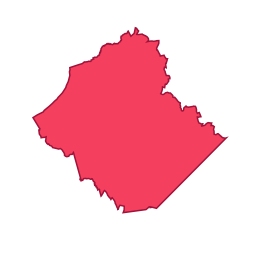 Sabanalarga, Atlántico, Colombia, rotated 60°
{"feature_id": "7082276B39650690530717", "entity_name": "Sabanalarga", "entity_type": "district", "adm_level": 2, "iso_a3": "COL", "parent_name": "Colombia", "parent_adm1": "Atlántico", "projection": "albers", "projection_center": [-74.958, 10.621], "detail": "fine", "context": "isolated", "style": "filled", "palette": "rose", "viewbox_px": 256, "rotation_deg": 60, "n_neighbors": 0, "source": "geoboundaries", "source_scale": "gbopen_adm2", "svg_char_len": 5569}
<svg xmlns="http://www.w3.org/2000/svg" viewBox="0 0 256 256"><g transform="rotate(60 128 128)"><path d="M142.8,58.9L142.4,59.7L141.9,60.2L141.8,60.9L140.2,65.3L139.7,65.7L139.1,66.6L138.6,66.8L138.0,66.8L138.5,69.5L140.5,71.2L140.6,71.6L140.4,72.5L139.7,72.9L139.3,72.9L138.2,72.4L137.6,72.3L136.4,72.5L136.2,72.1L135.8,71.8L135.1,71.5L134.3,71.5L133.9,71.4L132.9,70.5L132.3,70.2L131.5,70.8L130.6,71.2L130.0,71.4L127.3,71.7L124.7,72.2L124.7,72.8L123.6,73.7L122.5,73.0L121.5,73.1L120.9,73.3L118.9,73.8L118.1,75.1L117.5,75.5L117.1,75.7L116.9,75.9L116.8,76.1L116.3,78.1L116.6,79.3L116.6,80.7L116.2,81.4L114.6,82.5L113.6,80.9L112.1,79.3L111.5,78.8L109.7,77.6L111.4,76.1L109.2,74.3L108.7,73.7L108.9,73.3L109.4,72.8L107.6,69.1L106.9,69.1L105.8,68.6L106.0,67.9L106.3,67.1L105.2,66.5L104.5,66.3L103.6,66.4L103.2,66.3L102.5,67.2L101.7,68.6L98.3,67.9L97.6,67.6L97.2,67.6L96.4,67.6L95.3,67.5L94.9,67.2L93.6,66.0L94.2,65.3L94.9,64.8L94.5,64.6L93.4,64.3L92.2,63.8L90.9,63.0L91.1,62.6L89.0,60.4L88.0,59.5L87.8,59.2L87.3,59.8L87.0,60.5L85.8,60.4L84.6,60.6L83.0,60.4L82.5,61.8L82.0,63.7L81.7,64.1L81.0,63.8L80.6,63.7L78.5,63.7L75.2,63.5L74.8,64.1L73.1,63.2L71.9,61.5L71.3,60.5L70.4,59.3L69.8,58.8L67.7,57.6L66.8,59.4L66.4,60.9L65.7,62.5L64.6,63.8L64.3,64.6L63.8,65.3L62.9,68.1L62.6,67.0L62.0,66.2L61.3,65.8L60.5,65.6L58.5,65.9L56.8,66.8L56.0,67.5L55.2,67.9L54.9,68.3L53.8,68.7L52.2,72.4L51.6,73.0L51.5,73.3L51.3,73.6L50.7,72.9L50.1,71.9L49.9,71.2L49.3,70.3L47.5,70.8L47.4,70.6L45.8,70.8L44.9,71.5L49.1,75.3L49.3,75.9L49.5,77.3L50.0,79.6L44.2,79.4L44.3,79.8L44.6,80.0L44.7,80.4L45.2,80.7L45.3,81.6L45.4,82.1L45.3,82.5L44.8,83.1L44.7,83.3L44.8,83.8L44.8,85.3L44.9,85.7L44.8,86.1L45.3,87.4L45.3,87.6L45.1,88.1L45.3,88.3L45.8,88.6L46.4,89.1L46.6,89.2L48.1,89.4L48.4,89.9L48.4,90.2L48.5,90.3L48.8,90.3L48.7,90.8L49.4,91.8L49.4,92.7L49.6,93.5L49.6,93.8L50.0,94.3L49.9,94.8L49.5,95.2L49.4,95.7L49.0,96.1L48.8,96.5L48.7,97.1L48.4,97.1L48.2,97.4L47.9,97.4L47.8,98.0L48.0,98.5L48.0,99.1L48.1,99.3L47.8,100.1L47.5,100.2L46.5,101.0L46.8,101.1L46.8,101.3L46.5,101.5L46.4,102.0L46.1,102.4L45.9,102.5L45.5,102.4L45.4,102.8L45.2,102.8L44.8,103.0L45.0,103.7L44.5,104.2L44.8,104.5L44.7,105.1L44.8,105.8L44.6,106.6L45.0,107.2L44.8,107.5L45.0,107.5L44.7,108.2L44.5,109.3L45.0,110.0L45.8,111.6L47.1,112.6L47.4,113.2L47.6,113.2L47.8,113.1L48.4,114.6L48.8,114.8L48.9,114.6L49.1,115.0L49.5,115.2L49.6,115.8L50.1,116.2L50.5,116.3L50.7,116.8L50.4,117.4L50.6,118.3L51.0,119.0L50.9,120.4L50.1,121.2L49.9,123.3L51.1,123.3L50.9,124.5L51.0,124.8L50.8,125.5L50.7,125.9L51.5,126.4L51.4,127.7L50.6,128.4L50.3,130.0L49.3,132.4L48.9,132.8L49.1,133.2L49.1,133.9L49.4,135.3L48.6,138.6L46.6,148.2L48.7,149.2L50.0,150.6L53.3,152.0L57.9,156.5L60.4,160.1L61.9,161.7L64.1,165.9L64.9,167.6L66.3,172.3L66.4,172.9L67.5,175.1L68.0,178.1L68.9,181.2L69.8,185.4L70.9,191.8L71.7,193.4L71.3,200.0L71.5,205.1L83.8,204.8L84.3,204.6L84.6,205.0L85.3,205.3L85.8,206.0L85.4,206.3L85.6,206.4L85.9,206.1L86.2,206.6L86.5,206.8L87.1,207.1L87.8,207.2L88.7,207.8L89.9,207.8L90.6,207.6L91.4,207.6L91.7,207.6L92.0,207.8L92.2,207.7L93.0,208.1L93.5,206.8L94.5,204.7L94.7,203.3L97.3,205.2L97.7,205.7L98.7,206.1L99.9,205.9L100.7,206.0L102.2,205.4L102.2,204.7L103.9,204.5L105.3,203.3L106.1,203.0L107.2,203.1L111.6,198.5L112.0,196.8L114.1,196.0L115.1,195.9L115.9,196.0L116.8,195.8L117.8,195.9L118.7,195.9L119.3,196.2L119.6,196.6L120.9,196.4L121.1,196.3L122.3,195.3L122.6,194.0L122.9,193.5L122.3,192.6L122.1,192.0L122.2,190.7L122.9,189.7L122.9,189.2L122.7,188.7L122.0,187.8L121.9,187.5L148.6,194.4L148.6,194.7L148.3,194.6L148.3,194.9L148.1,194.9L148.2,195.0L148.3,195.0L148.5,195.2L148.6,194.9L149.5,195.0L150.0,195.1L150.0,194.9L150.3,194.9L150.3,194.7L150.3,194.2L150.0,194.1L150.5,193.8L150.7,193.4L150.5,193.1L150.2,192.8L149.8,192.1L149.7,191.7L149.8,191.1L150.4,190.6L150.5,189.7L151.2,189.3L152.1,187.2L153.8,185.9L153.9,185.5L153.7,185.0L153.8,184.7L154.1,184.4L154.3,184.4L154.4,184.7L154.9,184.5L155.7,184.5L156.0,184.4L156.4,184.6L157.1,184.5L157.3,184.6L157.9,184.1L158.5,184.0L158.8,184.1L159.0,184.3L159.2,184.8L159.6,184.7L159.9,185.0L160.3,184.7L160.5,184.8L160.7,185.4L161.1,185.5L161.3,185.3L161.6,185.2L162.3,184.6L162.5,185.0L162.8,185.1L163.2,185.1L163.5,184.7L163.9,184.5L164.4,184.5L164.6,184.9L165.0,184.9L165.3,185.0L165.6,184.9L165.8,185.0L166.2,184.8L166.3,184.6L166.5,184.8L166.5,183.8L166.6,183.6L166.8,183.5L167.5,183.6L167.8,183.9L173.5,185.4L173.3,184.7L172.3,183.1L171.9,182.2L170.9,180.9L170.4,179.6L171.5,179.2L173.1,178.9L174.9,179.0L175.6,179.2L176.3,179.2L178.8,178.9L180.1,178.5L181.3,178.5L180.6,177.2L180.5,176.6L184.1,176.1L185.2,176.2L186.3,176.5L187.1,176.8L188.0,176.7L191.5,177.2L192.7,177.2L192.9,177.3L193.4,177.6L193.5,177.1L191.9,175.4L190.9,173.6L193.1,171.1L193.9,170.4L197.0,172.3L198.0,173.4L198.9,174.5L207.6,153.3L207.5,152.3L206.9,149.1L207.2,148.3L208.0,148.5L207.9,147.9L208.4,147.4L208.2,147.2L211.8,143.5L185.7,47.9L185.4,49.1L184.6,49.8L183.8,50.8L182.7,51.3L181.7,51.5L180.9,51.9L180.3,52.0L178.0,52.8L177.7,53.4L177.8,55.2L177.3,55.7L176.8,56.1L176.5,56.5L175.3,55.9L173.6,55.0L172.4,54.9L171.1,53.8L170.0,52.6L169.7,52.7L168.1,53.5L167.4,54.8L165.5,53.1L165.2,53.9L164.8,54.1L164.3,54.9L163.9,55.2L163.4,56.1L163.4,58.2L163.9,59.2L164.0,60.4L163.6,61.8L163.4,62.4L163.1,63.8L162.9,62.9L161.8,61.1L161.6,61.3L161.5,62.0L161.3,62.4L160.0,63.2L159.3,64.0L157.1,63.8L154.7,63.1L153.5,62.6L153.2,62.4L153.8,61.9L154.1,60.6L154.7,59.2L154.4,59.1L150.2,58.6L150.0,59.6L150.0,60.6L148.0,60.5L146.4,59.5L144.4,58.9L143.1,58.8L142.8,58.9Z" fill="#f43f5e" stroke="#9f1239" stroke-width="1.5"/></g></svg>